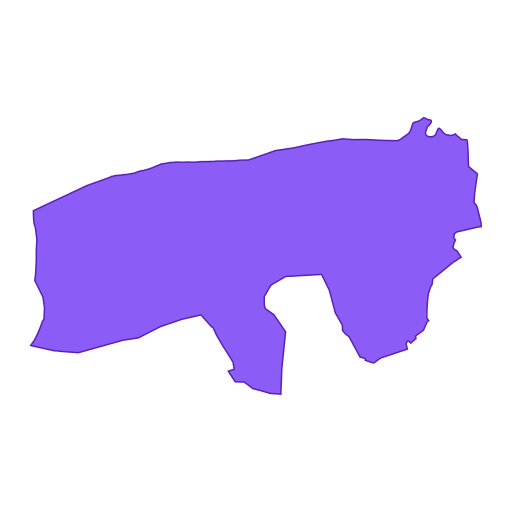 outline of Al Khabt, Al Mahwit, Yemen
{"feature_id": "15242507B38979687993387", "entity_name": "Al Khabt", "entity_type": "district", "adm_level": 2, "iso_a3": "YEM", "parent_name": "Yemen", "parent_adm1": "Al Mahwit", "projection": "albers", "projection_center": [43.386, 15.485], "detail": "fine", "context": "isolated", "style": "filled", "palette": "violet", "viewbox_px": 512, "rotation_deg": 0, "n_neighbors": 0, "source": "geoboundaries", "source_scale": "gbopen_adm2", "svg_char_len": 3581}
<svg xmlns="http://www.w3.org/2000/svg" viewBox="0 0 512 512"><path d="M33.4,210.7L33.4,214.1L33.5,216.7L33.6,219.3L34.0,223.1L35.4,227.7L35.5,228.4L36.9,239.6L36.3,249.8L36.3,259.9L35.9,269.3L35.5,274.9L34.8,280.5L42.9,296.9L43.2,298.7L44.5,307.8L44.0,319.2L42.5,321.3L40.6,326.5L39.7,328.8L37.5,334.0L34.4,340.2L30.7,345.5L41.4,347.9L54.8,350.9L55.6,350.7L61.4,351.4L78.3,352.7L80.8,352.0L118.7,341.4L122.5,340.3L132.4,338.8L138.3,337.9L160.4,326.6L181.8,319.3L201.0,314.9L211.0,326.2L213.3,328.0L216.3,334.7L223.1,346.4L223.2,346.5L226.7,351.9L233.0,362.1L234.2,369.2L228.3,371.2L235.2,381.8L244.1,382.0L252.9,388.6L262.1,391.0L270.1,393.4L280.3,394.1L280.8,394.3L280.9,393.1L280.9,392.4L281.4,380.4L281.8,368.7L285.6,331.8L273.9,314.7L265.4,308.8L264.3,305.2L264.3,296.4L267.2,291.6L268.4,289.2L268.9,288.5L270.0,286.7L270.9,285.4L271.2,284.9L274.8,282.8L282.4,278.4L285.6,276.5L297.6,275.8L321.6,274.4L329.3,290.1L335.4,313.0L342.3,325.0L342.6,330.7L345.8,334.3L349.0,336.6L349.2,337.0L360.1,357.1L365.1,358.4L365.3,360.3L371.4,362.4L373.8,363.0L380.6,358.0L383.6,357.0L407.4,349.1L406.1,344.0L407.3,341.1L408.7,341.1L410.8,343.1L416.0,338.4L415.4,336.1L423.5,330.2L424.1,328.8L427.1,321.8L428.7,320.6L426.8,318.1L427.0,308.4L427.6,299.9L428.4,293.5L430.8,286.4L432.1,284.4L432.8,279.1L432.9,278.8L435.9,276.4L442.8,270.8L452.5,262.8L461.1,257.2L456.8,250.6L454.9,249.8L452.9,247.6L454.2,242.4L454.8,241.6L455.5,240.0L453.8,237.9L454.4,233.8L455.4,233.0L456.9,231.9L458.7,231.5L477.7,227.1L481.3,226.6L481.0,222.3L480.5,220.3L477.6,208.8L476.4,205.3L474.0,202.6L474.7,192.6L477.4,173.8L468.5,166.5L468.0,150.5L467.5,143.1L467.3,141.1L467.2,140.5L467.2,140.1L465.7,139.6L463.6,139.7L460.6,139.0L460.0,138.3L459.2,137.3L457.9,136.5L456.5,135.3L455.9,134.5L455.5,133.9L454.7,134.2L453.4,134.9L452.2,135.2L450.8,135.5L449.6,135.4L448.2,134.9L446.9,135.0L446.1,134.6L444.5,133.8L443.6,132.9L442.7,132.0L441.7,130.6L440.9,129.7L440.1,128.9L439.2,128.3L438.8,128.4L438.4,128.4L437.7,129.5L437.0,131.3L436.3,132.7L435.9,134.3L435.2,135.1L433.5,136.3L431.4,136.8L429.1,136.7L427.4,136.2L426.2,135.2L425.6,134.2L425.5,132.6L426.0,130.7L426.7,128.9L427.0,127.6L427.8,126.4L429.8,124.5L430.6,123.3L431.4,121.7L431.2,120.5L429.6,119.7L428.0,119.7L426.0,118.6L423.9,117.7L422.4,118.6L419.8,120.6L416.7,121.7L414.1,122.3L412.8,123.4L412.0,125.9L411.1,128.8L410.0,131.6L408.5,133.5L405.9,135.4L403.2,137.3L400.2,139.5L399.8,139.6L398.1,140.4L397.5,140.7L397.4,140.7L381.9,140.4L366.0,139.5L353.2,139.6L342.5,138.8L335.6,140.1L325.6,141.4L313.5,143.7L309.6,144.4L293.0,148.0L275.4,150.6L253.2,158.4L248.2,160.1L247.5,160.1L245.1,160.1L242.7,160.1L240.1,160.2L237.5,160.4L234.8,160.7L232.2,160.9L229.7,160.9L228.5,160.9L227.3,160.9L224.9,161.0L222.0,161.1L219.2,161.1L216.7,161.1L214.2,161.4L211.7,161.5L209.3,161.5L207.4,161.6L204.9,161.6L202.8,161.6L201.1,161.6L198.2,161.9L196.2,162.1L194.4,162.2L192.6,162.2L190.5,162.1L190.1,162.1L188.9,162.1L188.3,162.1L186.5,162.1L184.7,162.2L182.2,162.2L181.5,162.2L180.4,162.2L178.2,162.1L175.9,162.1L173.4,162.4L171.6,162.5L169.9,162.5L167.7,163.0L165.0,163.4L163.1,163.8L161.3,163.9L159.6,164.8L157.7,165.5L155.9,166.2L154.4,166.9L152.8,167.6L151.1,168.2L150.9,168.2L150.3,168.4L149.5,168.8L147.4,169.4L145.6,169.9L143.1,170.6L141.3,170.8L139.6,171.2L137.9,171.8L136.3,172.3L134.6,173.1L132.6,173.4L130.7,173.8L129.0,174.1L127.3,174.4L125.6,174.6L123.7,174.6L121.7,175.0L119.9,175.3L118.1,175.3L116.3,175.5L114.4,175.8L114.1,175.9L112.7,176.3L111.6,176.4L109.1,177.6L86.8,185.6L33.4,210.7Z" fill="#8b5cf6" stroke="#5b21b6" stroke-width="1.5"/></svg>